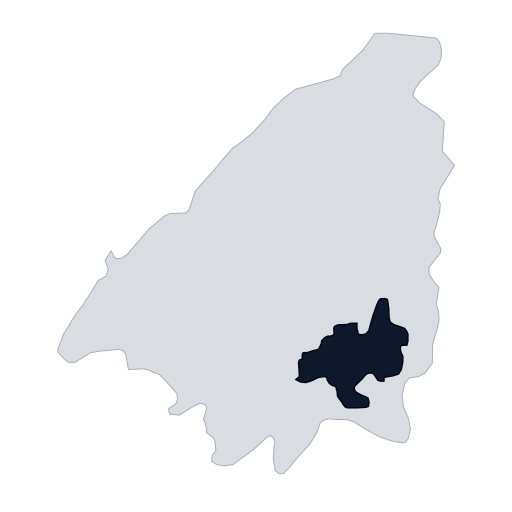 where Tuzla sits in Bosnia and Herzegovina, rotated 88°
{"feature_id": "BIH-2887", "entity_name": "Tuzla", "entity_type": "Canton", "adm_level": 1, "iso_a3": "BIH", "parent_name": "Bosnia and Herzegovina", "parent_adm1": "", "projection": "equal_earth", "projection_center": [18.577, 44.534], "detail": "fine", "context": "in_parent", "style": "filled", "palette": "ink", "viewbox_px": 512, "rotation_deg": 88, "n_neighbors": 0, "source": "natural_earth", "source_scale": "10m", "svg_char_len": 3240}
<svg xmlns="http://www.w3.org/2000/svg" viewBox="0 0 512 512"><g transform="rotate(88 256 256)"><path d="M447.0,112.5L448.0,115.8L445.5,127.2L440.7,139.6L433.0,152.4L424.9,164.5L422.7,170.9L422.2,181.2L421.2,189.2L422.3,193.6L425.0,197.7L434.1,201.0L446.3,209.1L456.8,219.6L470.2,231.6L474.4,236.1L474.4,240.9L470.5,244.4L459.1,245.8L447.2,244.7L442.7,243.5L438.4,245.0L435.8,247.7L437.2,250.9L449.5,265.5L463.7,286.5L464.6,295.6L462.9,302.7L459.6,307.6L453.7,306.8L449.2,302.9L442.4,303.2L437.1,304.3L430.2,311.9L426.8,311.5L420.9,312.7L417.2,314.2L411.3,312.0L405.1,310.5L402.4,312.9L401.2,317.3L405.0,325.4L412.3,338.1L411.1,347.8L405.7,348.8L400.6,340.8L396.1,339.5L391.0,339.7L379.4,349.1L370.8,357.0L368.8,362.5L365.7,368.5L364.8,372.9L365.0,387.4L349.5,389.7L346.2,391.8L344.4,396.2L345.6,414.9L346.9,424.9L355.8,440.4L356.1,445.3L354.8,448.5L348.5,454.6L345.5,456.8L343.4,457.6L333.1,453.5L328.2,451.6L307.5,437.9L298.4,430.3L284.0,420.4L275.1,414.7L270.6,406.2L263.5,404.2L255.2,406.9L245.8,400.7L252.5,397.5L254.1,394.5L253.3,390.5L250.4,385.1L225.0,361.8L212.6,345.8L210.6,340.1L210.5,324.9L207.6,321.3L189.0,314.4L168.2,294.6L146.9,275.3L144.0,270.0L133.1,255.4L119.7,242.1L109.0,233.7L100.3,224.1L90.7,210.6L85.9,190.4L81.7,172.4L78.7,165.5L72.6,163.0L53.7,141.7L37.6,129.4L38.0,116.1L41.0,93.9L44.4,68.7L48.4,65.2L55.8,63.3L64.3,64.1L71.6,67.2L85.9,84.4L94.2,91.1L101.2,93.7L109.4,86.4L119.6,71.2L128.4,63.2L157.8,66.1L172.3,54.4L195.5,69.8L205.2,72.1L210.6,70.0L218.0,70.9L234.4,75.4L238.1,77.3L243.1,77.0L255.2,71.0L259.4,71.7L273.2,83.5L280.2,83.6L288.6,78.6L294.0,74.2L309.9,77.5L319.0,75.5L326.6,75.3L334.8,77.3L342.3,80.0L349.6,82.4L369.3,83.6L378.8,91.1L382.5,98.3L382.6,102.7L383.6,107.5L389.0,112.1L400.9,114.8L408.4,114.2L412.3,113.9L422.4,109.7L434.4,107.6L443.0,110.0L447.0,112.5Z" fill="#d9dde1" stroke="#a8b0b8" stroke-width="1"/><path d="M326.7,157.5L326.8,157.5L332.0,157.7L337.8,156.4L338.5,153.0L337.8,149.2L334.7,145.9L329.7,144.4L325.0,142.9L319.3,141.0L314.6,139.1L309.6,137.2L304.9,134.9L303.1,133.0L303.1,128.8L303.9,126.3L308.5,125.6L313.4,125.2L322.3,125.2L326.8,124.2L329.6,120.2L332.0,113.7L333.6,109.9L336.6,108.0L339.3,106.9L346.4,107.2L350.3,108.3L350.3,111.7L350.3,113.3L351.6,114.8L354.7,115.0L357.5,114.4L361.5,112.7L367.8,113.1L374.6,114.8L379.0,117.8L380.6,123.9L381.3,129.7L382.1,132.3L385.4,132.5L385.5,135.0L384.7,138.4L381.6,140.3L378.4,142.2L377.1,143.9L376.9,147.2L378.1,150.2L382.5,154.2L388.6,160.9L390.4,162.4L392.7,162.4L395.3,161.1L398.5,155.9L400.6,151.2L402.1,148.9L406.2,148.1L410.2,148.9L411.0,151.2L411.2,158.6L411.2,159.9L410.9,170.0L410.0,172.1L407.0,174.4L405.1,175.2L401.8,177.7L398.9,179.4L394.4,179.6L389.3,180.9L387.9,184.5L385.8,187.2L382.3,189.1L379.7,189.5L378.8,192.1L379.6,198.2L381.4,202.0L383.0,206.0L384.2,210.7L383.5,215.8L381.1,220.2L380.8,220.5L378.1,216.9L371.8,216.9L364.0,217.2L361.6,216.3L360.5,213.3L357.4,213.3L354.9,212.8L354.3,212.0L354.3,207.7L352.7,202.6L351.7,197.4L349.5,195.6L345.7,193.8L342.9,193.3L340.0,190.2L338.7,187.2L338.7,184.5L337.8,181.6L336.2,180.6L330.6,180.8L328.8,179.5L327.7,176.5L327.7,173.4L327.7,170.4L327.6,166.8L326.6,164.3L326.6,162.2L326.7,159.3L326.7,157.5Z" fill="#0f172a" stroke="#020617" stroke-width="1.5"/></g></svg>